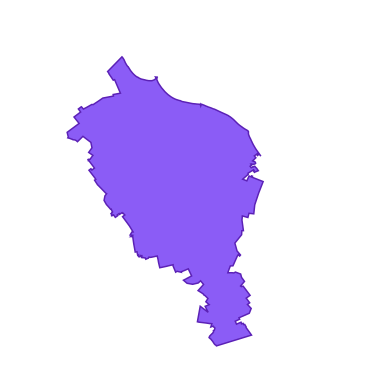 outline of Caborca, Sonora, Mexico, rotated 143°
{"feature_id": "50627088B68823921856898", "entity_name": "Caborca", "entity_type": "district", "adm_level": 2, "iso_a3": "MEX", "parent_name": "Mexico", "parent_adm1": "Sonora", "projection": "orthographic", "projection_center": [-112.534, 30.898], "detail": "fine", "context": "isolated", "style": "filled", "palette": "violet", "viewbox_px": 384, "rotation_deg": 143, "n_neighbors": 0, "source": "geoboundaries", "source_scale": "gbopen_adm2", "svg_char_len": 5893}
<svg xmlns="http://www.w3.org/2000/svg" viewBox="0 0 384 384"><g transform="rotate(143 192 192)"><path d="M115.4,179.2L115.2,186.7L115.1,188.6L114.6,192.8L114.4,193.9L114.3,194.6L114.1,195.4L113.7,197.5L113.3,199.1L112.9,201.5L112.4,203.2L112.4,203.5L111.9,204.4L111.8,204.7L110.6,206.2L110.5,207.1L110.7,207.8L111.9,210.6L112.6,212.6L113.9,216.9L114.4,219.2L114.9,222.6L115.2,224.8L115.8,227.3L116.4,229.4L116.9,230.6L117.0,231.1L118.0,233.1L120.6,237.8L123.8,243.9L124.4,244.9L124.9,245.5L126.3,247.9L127.9,250.2L128.5,251.3L129.1,252.2L130.3,254.4L130.8,255.1L131.1,255.7L131.2,255.8L131.4,256.1L131.8,256.7L132.1,256.9L132.2,257.0L132.3,256.9L132.5,256.5L132.6,256.4L132.5,256.2L132.6,255.9L132.9,255.7L132.8,255.9L132.7,256.4L132.8,256.3L132.9,256.1L133.0,256.1L132.9,256.4L132.9,256.5L132.8,256.8L132.9,257.3L133.0,257.4L133.7,258.0L134.5,258.7L135.4,259.5L136.0,260.1L136.8,260.8L138.4,262.3L140.1,264.2L143.0,267.5L144.1,268.7L144.9,269.6L145.4,270.1L146.4,272.0L147.2,272.9L148.9,275.3L149.8,276.8L150.7,278.7L151.4,280.4L151.9,282.0L152.5,284.0L152.9,286.1L153.3,288.5L153.4,290.4L153.6,293.7L153.5,296.0L153.4,298.0L153.2,299.8L152.7,301.9L152.4,302.9L152.2,303.4L151.7,304.1L151.5,304.3L151.3,304.2L151.2,304.5L150.7,304.6L150.7,304.8L150.9,304.8L151.0,304.9L151.2,304.7L151.4,304.8L151.6,305.1L151.6,305.5L151.8,305.7L151.8,305.3L152.2,305.2L152.2,304.9L152.3,304.7L152.6,304.5L153.3,304.3L153.8,304.3L154.6,304.3L156.4,304.8L157.0,305.0L157.8,305.6L159.5,306.9L160.1,307.5L161.4,308.9L162.3,310.1L162.7,310.5L162.9,310.8L164.1,312.2L164.2,312.4L164.4,312.5L164.8,313.1L165.0,313.6L165.3,314.0L165.8,315.1L165.9,315.7L166.2,316.0L166.4,316.6L166.5,316.6L166.8,317.3L166.9,317.5L167.4,319.4L167.7,321.1L167.9,322.8L168.0,325.9L167.7,329.4L167.7,329.7L167.6,330.5L167.8,330.8L167.8,331.0L167.8,332.4L167.4,335.6L167.0,337.0L166.9,337.8L166.7,338.3L166.6,339.5L166.5,340.6L166.6,340.9L166.5,341.4L166.6,342.1L186.9,339.0L186.9,337.6L186.9,336.8L187.2,336.5L187.6,328.7L186.2,328.3L189.7,314.0L196.3,317.3L197.0,315.9L206.7,320.7L211.8,320.9L218.4,321.3L219.3,322.2L225.3,323.0L228.8,323.6L229.0,326.4L229.1,326.7L232.8,326.7L232.8,322.9L241.1,322.9L240.9,314.7L255.8,314.8L257.7,310.4L258.6,310.0L257.1,308.0L256.8,307.4L255.9,306.1L255.7,305.5L255.2,305.0L254.8,304.6L254.5,304.4L254.0,303.7L253.8,303.4L253.5,302.5L253.2,301.1L245.6,302.1L242.9,292.5L245.3,287.5L250.7,285.8L249.1,280.9L253.7,279.5L254.8,280.2L255.0,280.4L255.2,280.2L255.4,280.3L255.6,280.4L255.8,279.8L255.9,279.5L255.5,279.5L255.5,269.8L258.7,269.8L258.7,271.4L261.2,271.4L261.1,261.7L261.2,260.0L262.7,260.1L263.1,254.6L262.9,253.6L261.5,242.4L261.3,242.0L263.9,241.3L267.3,238.2L267.9,233.5L267.5,228.9L267.4,227.1L266.8,226.9L267.2,225.5L267.4,224.1L267.7,224.2L268.2,224.0L268.3,223.5L269.4,223.5L269.7,223.5L269.7,223.4L269.3,223.3L269.3,223.2L269.7,222.8L270.5,221.4L269.9,221.1L269.1,220.9L268.9,221.1L269.0,221.2L268.9,221.3L268.4,221.0L268.5,217.9L265.4,217.8L265.4,218.7L263.2,218.7L263.3,217.7L260.3,217.6L260.3,216.9L259.9,216.9L259.9,217.3L259.5,214.1L262.3,214.1L262.3,212.2L262.4,202.6L263.1,195.6L264.1,196.2L267.3,194.9L265.6,193.2L267.7,193.2L266.2,192.0L269.7,185.7L273.5,178.2L271.9,177.4L273.5,174.1L272.6,173.9L272.8,173.6L273.5,172.5L273.2,172.0L272.7,171.7L272.3,171.7L272.0,172.0L271.6,172.0L271.3,172.2L271.0,171.7L270.5,171.5L270.3,171.4L270.4,171.1L271.0,170.8L271.3,170.6L271.7,170.0L270.8,169.1L270.6,169.2L269.0,167.3L269.4,166.1L269.1,166.0L268.9,166.1L267.0,165.5L266.8,165.4L266.2,165.6L265.5,165.9L264.8,165.0L263.8,164.4L263.2,164.1L259.5,162.4L258.3,161.8L258.6,161.0L259.0,160.4L259.2,159.7L259.8,158.4L261.2,155.7L263.3,150.9L257.1,148.0L256.4,147.7L255.4,147.3L250.9,145.3L251.6,144.4L253.3,137.8L251.7,137.7L248.9,134.4L248.8,134.8L243.8,133.5L241.2,132.9L242.8,125.2L251.9,126.7L250.9,122.1L247.0,117.9L241.8,115.6L238.6,115.9L238.4,111.2L246.5,109.6L245.0,105.7L244.3,103.4L244.5,102.6L244.1,101.8L244.0,101.6L243.3,97.4L247.0,96.0L246.1,91.7L250.3,92.8L251.5,86.2L254.2,95.8L265.8,85.1L264.8,83.9L259.3,78.6L256.9,76.1L256.7,76.1L255.4,74.9L258.2,72.9L255.9,72.2L256.0,71.7L256.0,71.2L255.7,70.8L255.5,69.9L255.6,69.6L255.9,69.3L256.0,69.1L256.7,68.7L257.2,68.3L257.5,68.2L258.0,68.4L258.4,68.4L258.6,67.8L259.0,67.3L259.3,67.2L259.8,67.2L260.1,66.9L260.3,66.8L260.8,66.7L261.5,66.8L262.4,66.6L262.6,66.6L262.9,66.6L263.1,66.5L263.3,66.5L263.6,66.4L263.8,66.4L264.4,66.2L264.6,66.3L265.2,65.9L265.4,65.7L265.7,65.7L265.9,65.6L266.0,65.5L266.0,65.4L265.8,64.4L265.7,64.2L265.7,63.8L265.5,63.5L265.5,63.4L265.5,62.8L265.5,62.4L265.4,62.2L265.5,61.8L265.4,61.0L265.4,60.7L265.4,59.9L265.5,59.0L265.5,58.2L265.6,57.9L265.6,57.0L265.4,55.8L265.2,55.4L265.0,55.1L265.1,54.4L230.6,41.9L230.5,45.0L230.4,51.2L229.9,51.8L229.6,54.5L230.5,55.0L230.2,56.3L231.8,56.9L231.4,57.8L231.2,58.5L236.0,59.7L235.6,61.2L235.2,62.8L230.5,61.7L230.2,63.3L219.2,60.7L214.8,63.4L215.4,68.8L215.0,68.8L214.8,68.8L212.6,68.8L212.6,74.6L207.8,74.5L207.8,86.0L209.6,86.8L209.8,87.7L203.9,89.0L203.8,94.0L202.5,97.2L205.5,101.9L207.3,102.2L208.8,103.6L212.0,105.9L210.6,106.9L205.9,109.9L203.7,108.4L194.3,113.6L192.8,114.1L192.5,112.2L191.2,112.5L191.5,117.8L188.5,125.4L178.1,128.0L175.5,131.1L174.2,130.2L169.0,139.5L166.2,142.6L162.7,138.0L159.3,140.7L155.8,137.4L149.6,144.0L139.3,151.1L133.3,154.8L128.9,157.5L135.1,167.6L134.2,168.2L134.7,169.0L135.6,168.5L136.8,170.4L141.5,167.9L143.8,171.7L136.4,172.3L136.0,173.3L129.4,172.7L129.5,171.6L130.3,171.6L130.3,170.1L129.5,170.0L126.2,169.1L126.1,172.3L126.3,173.0L126.4,174.8L127.7,175.4L127.7,175.1L130.1,175.8L130.1,177.6L128.2,177.6L128.2,178.9L127.6,178.6L127.5,178.3L126.7,177.5L125.4,176.7L124.4,176.5L123.9,176.6L123.5,177.7L123.8,178.8L124.1,178.9L124.9,180.4L120.4,180.9L120.5,183.3L117.8,183.3L117.7,181.7L116.9,181.8L117.0,183.3L115.4,183.3L115.6,181.7L115.4,179.2Z" fill="#8b5cf6" stroke="#5b21b6" stroke-width="1.5"/></g></svg>